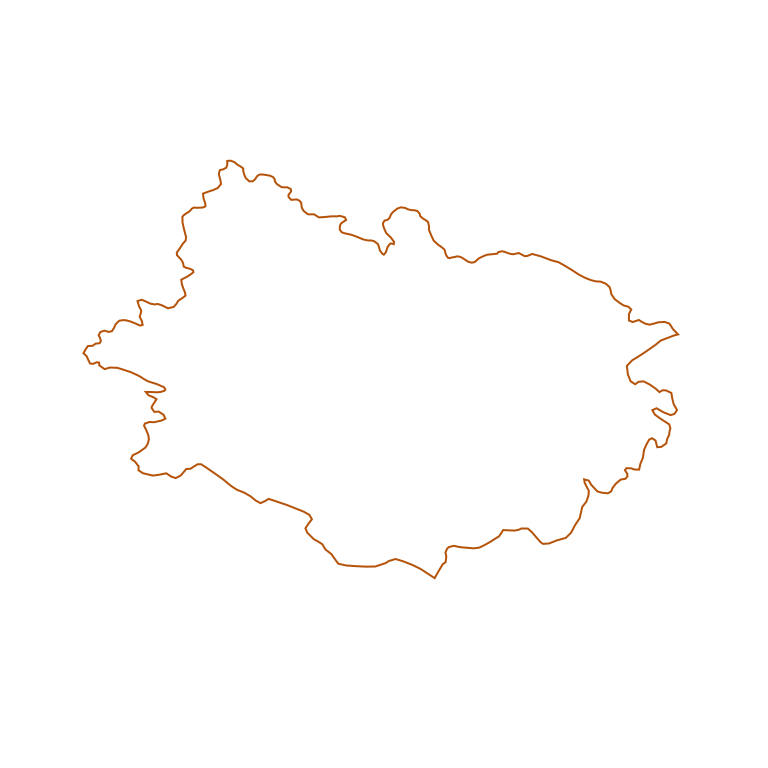 the district of Pyetrykaw, Gomel, Belarus, rotated 213°
{"feature_id": "67162791B78152292733501", "entity_name": "Pyetrykaw", "entity_type": "district", "adm_level": 2, "iso_a3": "BLR", "parent_name": "Belarus", "parent_adm1": "Gomel", "projection": "equal_earth", "projection_center": [28.643, 52.294], "detail": "fine", "context": "isolated", "style": "outline", "palette": "amber", "viewbox_px": 768, "rotation_deg": 213, "n_neighbors": 0, "source": "geoboundaries", "source_scale": "gbopen_adm2", "svg_char_len": 5818}
<svg xmlns="http://www.w3.org/2000/svg" viewBox="0 0 768 768"><g transform="rotate(213 384 384)"><path d="M342.4,567.2L343.4,566.1L346.3,563.2L348.1,562.3L351.2,561.3L354.9,560.5L357.3,559.6L360.0,556.9L360.0,555.0L364.9,551.0L367.8,548.7L369.7,546.2L371.3,543.7L373.0,540.8L373.6,538.3L374.4,535.6L376.5,533.5L379.9,532.4L383.2,532.4L387.7,532.4L390.0,531.9L392.3,530.8L393.9,529.0L396.0,527.1L397.4,525.4L399.0,524.7L402.1,525.9L404.4,527.8L406.4,529.7L410.9,530.2L414.6,530.3L420.4,531.3L425.3,534.3L430.4,537.9L431.9,540.5L435.2,543.8L437.6,544.1L441.7,544.0L445.0,544.5L447.1,546.4L450.3,547.2L453.4,546.2L455.5,544.8L459.2,543.5L462.2,543.2L466.1,541.3L468.4,538.4L469.2,535.9L470.2,533.0L470.5,529.7L469.8,526.8L470.4,523.6L472.5,521.4L472.5,518.4L470.9,516.3L467.8,514.0L464.4,511.8L458.1,510.6L453.0,508.7L452.0,506.6L454.9,505.6L455.5,504.0L455.5,500.6L455.0,498.4L454.2,495.6L454.6,492.4L456.6,492.4L460.2,493.8L463.7,496.9L465.5,498.1L470.1,498.4L472.7,497.5L475.5,495.7L480.3,493.9L487.3,492.6L492.3,491.5L495.3,490.4L499.0,489.0L502.0,488.2L505.3,489.5L507.1,492.7L507.5,495.2L506.2,498.5L505.1,500.9L507.6,502.5L512.6,501.0L514.7,499.0L519.8,495.7L523.1,493.0L526.4,490.4L529.4,488.3L535.1,488.2L540.2,484.9L545.2,485.3L547.9,486.4L549.5,487.6L551.2,489.8L552.3,491.0L554.9,491.7L557.7,491.3L559.9,489.6L562.1,487.9L565.8,488.8L567.1,490.5L566.8,494.9L568.3,496.7L572.2,496.3L574.2,495.0L577.1,493.3L580.0,493.3L583.1,493.4L585.8,494.5L587.2,496.2L589.8,497.1L593.1,496.6L596.1,495.3L598.7,494.2L601.6,492.6L602.9,491.1L603.7,488.8L603.6,485.6L604.4,482.6L607.3,480.6L612.1,481.4L615.3,483.5L618.2,486.1L619.5,488.1L622.4,488.3L626.6,488.1L630.0,488.6L632.8,488.1L634.2,487.8L637.0,485.7L634.8,482.5L634.1,479.5L636.0,476.1L638.0,474.3L637.6,471.9L636.7,469.9L632.5,466.2L629.6,462.9L630.2,457.8L633.1,453.3L635.6,450.3L639.5,445.1L636.3,441.2L632.1,438.0L630.5,435.7L632.1,433.3L634.6,431.5L637.0,429.8L639.5,428.5L640.7,426.3L640.8,424.6L641.1,423.1L641.6,421.8L642.8,419.4L643.8,416.8L644.2,414.5L642.9,412.7L641.0,409.8L637.1,405.9L633.6,402.7L629.8,399.2L628.5,396.0L629.1,392.3L629.1,386.2L629.4,381.5L627.8,379.3L621.7,377.8L618.5,376.1L615.9,373.4L613.7,373.6L608.9,375.1L606.0,375.3L604.7,373.9L606.0,370.2L607.6,366.7L609.2,364.0L610.8,361.1L607.9,357.6L604.4,354.9L600.8,352.4L598.6,350.0L599.9,346.3L601.8,342.1L601.8,337.7L602.4,334.0L606.5,329.8L612.9,329.1L617.4,327.9L619.6,325.9L623.5,324.2L629.2,323.4L633.1,322.7L635.9,319.3L631.8,315.8L627.6,313.4L626.3,310.4L625.7,307.5L621.2,304.8L618.6,302.1L620.5,300.1L625.3,299.4L630.5,298.4L635.6,296.7L637.5,295.5L640.4,293.0L641.0,291.1L641.6,287.4L641.0,284.4L641.0,280.0L643.5,277.6L647.3,276.6L650.2,273.2L649.9,269.5L647.3,268.0L644.8,265.8L644.7,263.4L647.9,260.7L649.2,257.3L653.0,254.6L653.1,250.6L652.8,246.1L652.5,246.1L648.6,245.4L644.9,243.0L641.7,241.1L639.0,242.4L636.8,245.7L634.7,246.8L632.9,244.6L626.4,244.3L622.9,248.5L616.5,252.3L610.6,254.0L606.3,255.1L603.0,256.0L595.9,257.1L592.4,257.4L588.5,257.4L583.6,257.7L578.7,259.0L574.6,260.2L569.5,261.0L566.8,261.5L564.4,260.4L564.4,258.8L567.0,255.7L569.7,253.5L575.0,250.4L579.5,247.6L575.4,246.3L570.0,247.3L566.5,247.3L566.5,244.3L566.5,239.3L566.0,237.4L561.5,235.5L558.0,238.1L552.0,238.1L548.5,235.8L550.5,232.4L556.0,226.7L560.0,224.4L563.0,220.6L562.5,218.3L558.5,216.0L554.0,212.9L551.0,209.5L549.5,204.9L549.5,200.7L552.0,194.3L552.9,192.4L555.9,187.4L555.4,183.6L550.4,183.2L544.9,181.3L542.9,177.9L537.5,177.9L528.0,181.3L523.5,185.1L518.0,190.5L512.0,190.5L507.5,191.6L504.6,196.6L504.1,200.4L503.6,204.9L500.1,207.6L498.6,211.0L496.6,215.2L493.6,217.1L487.1,217.1L476.6,216.8L467.1,216.4L456.7,215.2L449.7,215.2L441.7,216.8L434.7,217.1L428.2,216.4L422.7,216.8L420.2,220.6L418.2,224.8L412.7,226.3L406.7,227.8L399.3,229.7L389.8,231.6L381.8,233.2L375.3,233.6L370.8,231.3L371.3,225.9L371.3,220.2L367.3,217.5L358.3,215.6L353.8,216.0L348.4,216.0L342.9,213.3L335.4,212.7L329.8,210.4L324.5,208.4L317.1,211.1L308.2,216.0L299.3,221.2L291.9,226.2L285.0,234.8L283.5,238.2L279.0,243.5L271.1,245.8L261.7,247.7L252.8,248.8L244.0,248.8L235.7,248.8L236.0,251.4L236.3,257.8L236.6,264.6L235.3,268.3L237.9,273.4L240.7,276.1L241.4,280.3L240.7,282.7L237.2,286.4L231.7,288.4L225.7,291.6L219.3,295.0L214.8,298.9L211.9,303.8L209.0,309.2L207.1,313.6L204.5,319.0L204.5,326.4L198.7,329.8L194.5,332.3L191.6,335.2L190.0,337.7L184.6,341.1L179.0,340.2L172.8,338.4L166.5,336.6L163.4,336.6L158.7,340.2L154.0,346.8L147.7,354.0L146.1,361.2L146.9,369.6L146.8,378.0L150.8,388.9L150.2,395.5L151.8,401.9L154.0,405.9L161.7,410.3L164.2,413.0L159.7,414.5L155.2,412.3L146.6,410.1L141.8,411.6L136.7,414.3L135.0,417.7L135.7,421.4L135.3,426.6L133.4,432.8L129.9,436.0L129.5,439.0L131.1,441.2L135.0,442.9L134.9,445.4L130.8,447.9L127.6,448.6L123.4,451.1L125.6,457.0L126.6,462.9L130.1,470.6L131.0,476.8L131.3,481.8L129.7,484.5L125.5,484.5L122.6,481.8L120.4,479.8L117.2,482.3L114.9,487.9L116.5,491.9L117.2,496.6L118.7,499.7L119.7,502.8L122.7,505.5L128.7,505.5L133.7,505.5L140.2,505.9L144.7,508.2L142.2,512.1L134.2,512.5L126.7,514.0L124.1,517.1L124.1,521.8L130.1,524.9L134.6,529.1L138.1,533.0L144.1,532.2L147.1,530.3L148.6,527.2L153.2,528.0L160.7,528.3L167.7,527.6L171.7,524.5L173.2,520.6L178.7,520.6L184.7,524.9L190.2,531.5L188.7,539.2L186.2,544.3L182.6,552.4L180.1,558.6L177.6,564.8L175.6,571.1L173.1,574.6L167.1,582.8L164.4,585.7L171.5,587.4L177.5,590.1L182.5,588.9L187.6,585.1L189.6,582.7L193.6,578.4L197.6,576.9L202.1,576.5L205.1,576.5L209.2,571.4L213.2,570.7L216.7,576.1L217.2,581.2L221.2,581.9L225.7,580.4L230.7,580.4L236.7,580.8L242.2,583.1L245.2,586.2L247.7,588.2L252.7,588.9L258.2,587.8L262.3,585.4L266.8,583.9L272.3,582.7L279.8,581.9L289.3,581.9L297.9,581.6L303.9,581.2L311.4,578.8L321.9,576.5L330.5,573.8L333.5,569.5L335.5,567.9L342.4,567.2Z" fill="none" stroke="#b45309" stroke-width="2"/></g></svg>